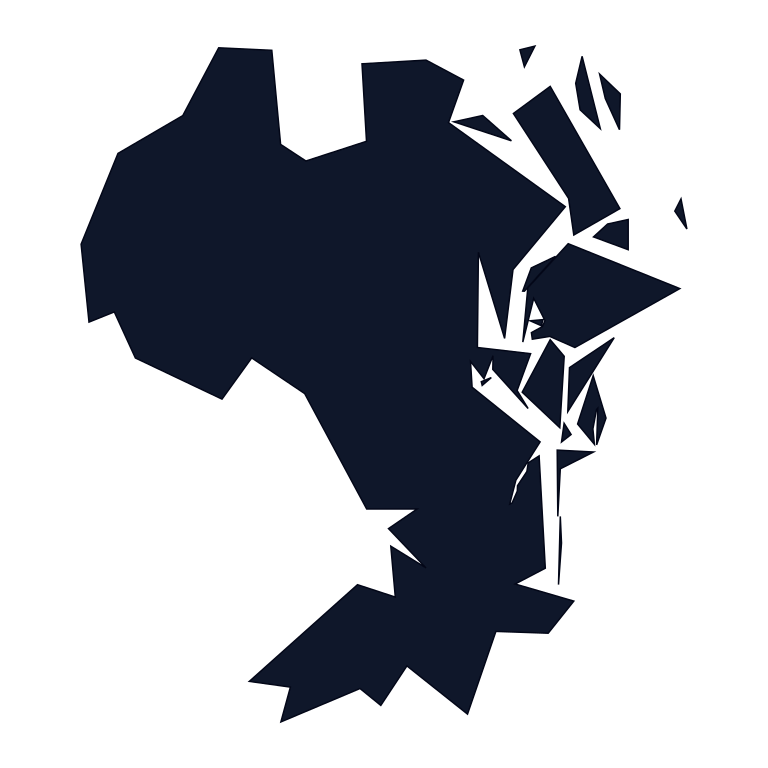 Barisal, Barisal, Bangladesh (Robinson projection)
{"feature_id": "16705992B66943755852345", "entity_name": "Barisal", "entity_type": "district", "adm_level": 2, "iso_a3": "BGD", "parent_name": "Bangladesh", "parent_adm1": "Barisal", "projection": "robinson", "projection_center": [90.343, 22.763], "detail": "medium", "context": "isolated", "style": "filled", "palette": "ink", "viewbox_px": 768, "rotation_deg": 0, "n_neighbors": 0, "source": "geoboundaries", "source_scale": "gbopen_adm2", "svg_char_len": 1919}
<svg xmlns="http://www.w3.org/2000/svg" viewBox="0 0 768 768"><path d="M280.9,721.9L360.0,688.5L380.8,705.4L406.9,665.9L467.5,714.1L495.9,631.4L548.2,633.2L573.8,601.1L515.1,584.0L545.3,568.2L539.1,455.9L528.2,462.9L526.9,471.5L517.5,485.7L517.3,491.1L512.1,503.0L509.7,504.1L515.9,480.1L540.1,441.9L472.1,387.2L470.5,361.4L484.0,378.7L493.1,355.5L492.8,369.4L528.1,408.5L517.1,390.5L530.6,353.7L477.4,347.5L478.4,252.2L504.6,338.4L513.0,269.6L565.3,206.7L448.5,122.6L463.6,80.1L426.0,60.1L362.0,63.8L366.5,141.3L305.9,161.0L280.6,144.4L271.8,50.3L218.7,47.8L182.8,115.6L118.0,153.4L81.1,244.2L89.0,322.1L114.3,311.9L135.4,358.0L222.0,399.1L251.7,357.9L304.7,393.6L366.7,509.0L417.1,509.0L388.5,528.6L426.0,567.9L390.8,546.2L395.3,597.1L357.5,584.7L249.3,681.4L290.4,687.1L280.9,721.9ZM679.8,288.6L568.2,243.7L527.8,287.9L522.8,342.1L533.7,298.3L545.0,320.6L542.4,326.6L531.4,332.6L532.3,339.2L549.8,336.4L574.9,347.5L679.8,288.6ZM513.4,113.5L568.6,198.4L573.8,235.0L619.9,208.6L550.2,86.4L513.4,113.5ZM559.8,427.7L564.2,356.3L550.2,339.7L522.2,392.2L559.8,427.7ZM596.6,444.9L606.0,418.1L593.2,375.7L577.6,424.0L594.4,444.3L592.9,428.9L596.5,409.5L597.8,408.1L596.6,444.9ZM567.8,411.6L614.2,337.7L569.5,367.6L567.8,411.6ZM600.3,128.6L582.1,56.3L575.7,83.3L580.1,109.8L600.3,128.6ZM593.5,452.0L557.2,450.1L557.8,516.4L560.3,468.8L593.5,452.0ZM511.4,140.8L482.7,115.5L453.8,121.8L511.4,140.8ZM628.2,219.5L607.6,224.0L593.5,236.9L628.2,249.7L628.2,219.5ZM558.5,584.6L561.5,543.0L560.3,516.4L558.5,584.6ZM599.6,74.1L605.3,98.5L619.5,129.7L620.3,93.9L599.6,74.1ZM555.5,256.4L531.3,267.9L522.7,291.1L524.4,291.2L555.5,256.4ZM524.4,66.8L534.9,46.1L519.9,49.8L524.4,66.8ZM686.9,229.0L681.0,198.9L674.8,211.1L686.9,229.0ZM530.2,320.8L541.3,325.7L543.1,319.6L530.2,320.8ZM561.5,442.0L571.1,434.5L564.1,423.3L561.5,442.0ZM482.2,385.4L491.3,377.6L481.3,381.7L482.2,385.4Z" fill="#0f172a" stroke="#020617" stroke-width="1.5"/></svg>